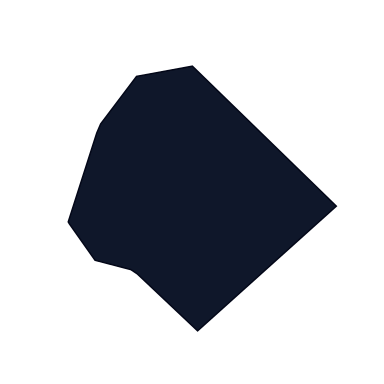 Saint George, Mercator projection, rotated 245°
{"feature_id": "BRB-1991", "entity_name": "Saint George", "entity_type": "Parish", "adm_level": 1, "iso_a3": "BRB", "parent_name": "Barbados", "parent_adm1": "", "projection": "mercator", "projection_center": [-59.543, 13.145], "detail": "fine", "context": "isolated", "style": "filled", "palette": "ink", "viewbox_px": 384, "rotation_deg": 245, "n_neighbors": 0, "source": "natural_earth", "source_scale": "10m", "svg_char_len": 310}
<svg xmlns="http://www.w3.org/2000/svg" viewBox="0 0 384 384"><g transform="rotate(245 192 192)"><path d="M217.2,67.2L285.8,130.7L292.3,138.0L320.2,190.6L305.9,245.5L118.2,316.8L63.8,138.4L140.9,107.8L147.5,103.8L171.1,75.3L215.0,67.4L217.2,67.2Z" fill="#0f172a" stroke="#020617" stroke-width="1.5"/></g></svg>